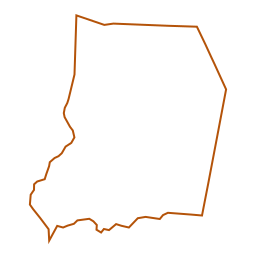 outline of Campo Redondo, Rio Grande do Norte, Brazil
{"feature_id": "56859067B7245659807247", "entity_name": "Campo Redondo", "entity_type": "district", "adm_level": 2, "iso_a3": "BRA", "parent_name": "Brazil", "parent_adm1": "Rio Grande do Norte", "projection": "natural_earth1", "projection_center": [-36.238, -6.238], "detail": "fine", "context": "isolated", "style": "outline", "palette": "amber", "viewbox_px": 256, "rotation_deg": 0, "n_neighbors": 0, "source": "geoboundaries", "source_scale": "gbopen_adm2", "svg_char_len": 821}
<svg xmlns="http://www.w3.org/2000/svg" viewBox="0 0 256 256"><path d="M113.4,23.6L104.3,24.9L76.4,15.4L74.5,74.5L68.6,98.9L67.3,103.0L64.8,107.8L63.8,113.1L64.6,117.1L66.5,120.5L70.0,126.8L72.8,130.5L74.4,137.4L71.3,142.9L65.6,146.6L61.8,153.2L58.5,156.2L54.6,158.0L49.8,162.2L49.1,166.2L46.3,174.1L44.7,179.2L37.2,181.5L34.1,184.3L34.0,189.9L30.7,194.7L29.9,204.6L33.0,209.0L40.1,217.9L48.6,229.2L49.2,240.6L57.2,225.9L63.1,227.5L67.7,225.6L73.9,223.8L77.4,220.4L89.3,218.8L93.4,221.3L96.8,225.0L96.5,229.7L101.1,232.5L103.9,229.0L109.0,230.1L116.1,224.1L121.5,225.8L128.9,227.5L137.8,218.2L145.6,216.9L159.8,219.0L163.0,215.1L167.9,212.8L191.6,214.6L202.0,215.5L208.2,183.7L217.6,134.3L226.1,89.4L214.3,63.6L211.1,56.8L205.4,44.4L196.9,26.7L168.5,25.8L113.4,23.6Z" fill="none" stroke="#b45309" stroke-width="2"/></svg>